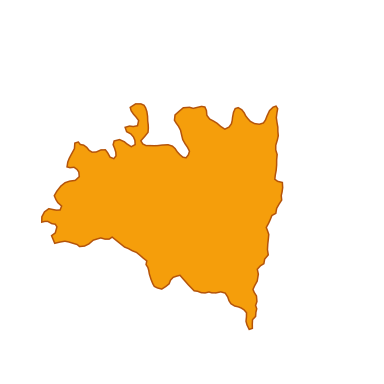 Quilombo, Santa Catarina, Brazil (Natural Earth projection), rotated 213°
{"feature_id": "56859067B6043362260272", "entity_name": "Quilombo", "entity_type": "district", "adm_level": 2, "iso_a3": "BRA", "parent_name": "Brazil", "parent_adm1": "Santa Catarina", "projection": "natural_earth1", "projection_center": [-52.706, -26.741], "detail": "fine", "context": "isolated", "style": "filled", "palette": "amber", "viewbox_px": 384, "rotation_deg": 213, "n_neighbors": 0, "source": "geoboundaries", "source_scale": "gbopen_adm2", "svg_char_len": 3139}
<svg xmlns="http://www.w3.org/2000/svg" viewBox="0 0 384 384"><g transform="rotate(213 192 192)"><path d="M196.3,266.6L198.7,262.6L203.6,262.6L208.4,263.3L212.6,263.2L216.9,262.8L221.3,264.4L224.3,268.2L227.5,270.3L230.6,269.0L233.5,266.0L236.5,262.8L240.2,261.7L245.2,257.9L246.7,252.9L248.2,247.4L245.8,242.6L242.9,241.2L239.2,239.8L235.3,237.6L232.0,234.4L228.3,230.9L224.1,228.7L220.0,227.0L216.3,224.8L215.3,221.2L215.6,217.5L218.6,216.2L222.5,216.7L226.4,217.7L229.8,219.2L233.4,219.8L237.8,218.6L242.6,215.1L246.3,212.0L248.9,210.2L252.2,208.2L255.8,205.9L259.5,205.5L262.8,207.1L261.9,213.0L261.4,218.1L263.4,221.8L265.4,224.6L267.8,227.4L270.5,231.3L273.7,234.9L276.9,237.4L279.5,238.6L282.8,238.1L287.3,235.2L289.9,229.3L287.3,227.0L283.4,225.4L279.7,224.4L275.7,222.9L273.8,217.9L276.9,214.9L280.3,213.3L283.3,209.8L279.7,207.0L274.9,207.4L271.1,206.3L268.0,204.2L265.5,200.8L267.6,196.9L273.0,196.9L276.1,197.3L281.3,196.5L285.1,192.4L283.9,188.7L280.6,186.4L277.5,183.8L275.4,180.9L275.7,177.4L279.7,176.6L284.2,179.0L287.6,180.2L291.3,177.7L294.1,173.4L297.4,171.0L301.0,170.9L304.6,172.1L308.4,172.3L311.6,171.0L314.6,172.0L316.9,169.2L314.2,164.3L313.7,157.7L313.3,153.4L312.5,149.5L310.5,145.0L307.6,145.9L304.4,148.5L300.7,148.3L297.8,147.1L294.9,143.5L296.2,138.2L300.5,134.5L303.5,130.7L305.2,125.7L305.8,119.1L305.5,113.9L301.9,111.5L298.7,110.0L293.7,109.2L292.8,105.1L295.8,102.9L298.7,101.7L303.0,100.0L304.9,95.0L304.4,89.4L301.6,84.9L299.4,87.2L296.9,88.8L292.4,89.1L289.1,90.5L286.3,89.2L284.4,83.2L286.0,78.9L279.2,74.2L275.5,78.1L271.8,81.5L268.4,82.9L264.1,84.1L259.7,85.4L256.6,85.0L252.7,88.1L250.2,92.3L248.6,97.8L246.1,100.8L243.5,103.8L239.3,105.1L235.8,107.4L234.4,110.7L218.6,109.1L214.6,109.9L210.1,110.2L205.6,111.1L201.8,110.7L197.0,110.0L192.4,109.6L191.0,106.1L187.9,104.7L185.6,102.7L183.1,100.0L178.9,96.5L174.9,93.7L172.2,92.3L168.8,92.7L164.5,94.1L162.5,98.5L161.2,102.5L162.0,106.4L161.3,110.2L159.0,113.1L156.7,115.6L144.7,112.2L136.4,110.3L133.2,111.8L129.4,112.6L126.0,114.5L123.3,117.4L120.5,118.2L117.0,120.4L113.5,123.9L109.1,125.3L104.8,123.4L101.8,121.0L98.5,119.5L94.2,119.6L90.6,120.9L87.5,121.5L84.1,121.5L80.5,120.4L78.3,116.9L76.3,113.0L73.5,110.5L69.2,107.9L67.1,110.5L69.5,114.1L71.7,117.9L70.9,122.3L72.9,125.9L74.1,129.3L76.9,131.5L77.9,135.5L81.3,139.9L85.2,141.7L87.8,143.5L88.4,147.4L88.8,152.8L91.6,159.2L95.2,162.8L94.4,167.5L92.7,171.0L94.5,175.3L93.8,180.8L97.3,184.7L100.1,189.6L102.5,194.4L104.5,198.2L107.8,200.8L110.4,202.7L110.7,207.1L111.2,210.6L112.2,215.8L110.1,219.8L112.1,224.4L112.4,229.3L112.4,234.1L115.2,237.6L116.4,240.9L118.3,245.0L121.4,249.2L126.0,247.6L129.5,247.8L131.4,251.6L133.2,256.0L135.7,260.7L138.6,265.2L141.0,269.8L144.7,272.9L147.2,276.8L148.9,282.5L150.3,286.2L153.0,289.6L155.4,293.2L158.5,296.5L161.8,300.3L164.0,304.9L165.5,308.5L168.3,309.8L170.2,307.3L171.3,302.5L170.5,296.7L169.6,292.4L169.7,288.8L172.4,285.5L176.9,283.4L181.5,283.0L185.3,284.0L188.5,285.1L191.3,286.8L195.0,288.1L199.2,287.9L201.2,285.5L200.6,281.5L198.7,276.8L197.2,273.8L196.1,270.6L196.3,266.6Z" fill="#f59e0b" stroke="#b45309" stroke-width="1.5"/></g></svg>